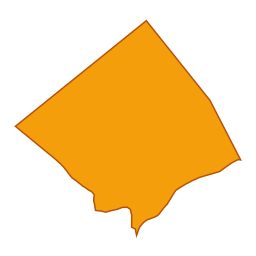 the district of Monchy/Lawi Fwen, Gros Islet, Saint Lucia
{"feature_id": "8701671B83371663515297", "entity_name": "Monchy/Lawi Fwen", "entity_type": "district", "adm_level": 2, "iso_a3": "LCA", "parent_name": "Saint Lucia", "parent_adm1": "Gros Islet", "projection": "orthographic", "projection_center": [-60.929, 14.058], "detail": "fine", "context": "isolated", "style": "filled", "palette": "amber", "viewbox_px": 256, "rotation_deg": 0, "n_neighbors": 0, "source": "geoboundaries", "source_scale": "gbopen_adm2", "svg_char_len": 1195}
<svg xmlns="http://www.w3.org/2000/svg" viewBox="0 0 256 256"><path d="M240.6,159.9L209.9,100.3L147.5,22.2L146.3,20.7L15.4,126.3L55.4,159.2L56.7,160.4L57.8,161.4L60.2,163.5L60.9,164.2L62.5,165.9L63.6,167.0L65.3,169.3L66.7,170.8L67.9,172.6L68.6,173.6L70.5,175.9L71.3,177.0L73.0,178.5L74.2,179.4L76.4,180.9L77.6,181.9L79.4,183.4L80.4,184.1L82.5,186.0L83.9,186.7L85.7,187.8L87.1,189.0L89.1,190.4L90.9,191.2L92.7,192.7L93.4,193.7L94.0,194.4L94.3,195.1L94.1,196.2L93.8,197.9L93.7,200.2L93.8,201.5L94.2,202.7L94.6,204.4L94.8,205.6L95.1,208.1L95.5,210.4L101.8,211.2L105.7,212.2L110.5,210.8L117.3,209.3L122.6,207.3L127.4,207.3L130.3,209.3L131.7,215.2L131.7,220.2L131.7,223.7L131.6,227.1L135.3,229.1L135.7,231.1L136.6,235.3L138.6,229.5L139.9,226.7L142.8,223.3L144.4,221.7L146.5,220.3L147.5,219.7L150.1,218.8L155.1,216.8L157.0,215.9L158.7,214.5L161.1,211.4L162.8,209.1L164.0,207.6L164.8,206.8L165.4,206.0L167.0,204.4L169.9,199.8L172.5,195.4L175.5,190.7L176.1,190.2L179.7,187.7L186.2,183.8L189.2,182.3L191.9,180.8L199.8,177.3L218.7,171.8L220.3,171.1L223.2,168.9L226.1,166.8L231.4,163.1L235.2,161.0L236.7,160.3L238.3,159.6L239.1,159.7L240.6,159.9Z" fill="#f59e0b" stroke="#b45309" stroke-width="1.5"/></svg>